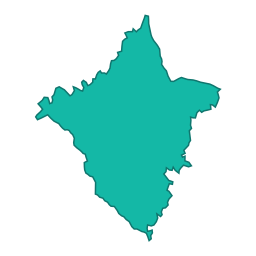 Imbaú, Paraná, Brazil (Equal Earth projection)
{"feature_id": "56859067B48998541842833", "entity_name": "Imbaú", "entity_type": "district", "adm_level": 2, "iso_a3": "BRA", "parent_name": "Brazil", "parent_adm1": "Paraná", "projection": "equal_earth", "projection_center": [-50.743, -24.439], "detail": "fine", "context": "isolated", "style": "filled", "palette": "teal", "viewbox_px": 256, "rotation_deg": 0, "n_neighbors": 0, "source": "geoboundaries", "source_scale": "gbopen_adm2", "svg_char_len": 2705}
<svg xmlns="http://www.w3.org/2000/svg" viewBox="0 0 256 256"><path d="M220.3,89.2L217.7,88.2L213.3,85.7L209.8,84.1L200.5,82.2L196.7,80.9L193.2,80.0L187.8,79.5L185.7,78.9L181.4,77.5L178.8,78.6L173.7,81.4L170.8,81.3L168.0,76.0L166.4,70.9L163.9,68.0L161.6,64.4L162.0,61.5L161.6,59.0L160.2,56.1L159.9,52.6L159.6,49.2L157.4,45.4L153.6,40.5L151.8,37.1L151.0,34.7L148.7,23.8L148.6,19.7L148.4,16.2L145.2,15.4L144.3,18.3L143.0,21.7L142.0,24.5L140.7,28.2L138.2,29.9L136.3,31.8L133.2,28.8L132.5,31.6L128.2,31.7L124.9,33.0L126.2,35.5L127.2,37.9L124.6,39.3L122.6,41.3L122.0,45.9L121.6,51.2L117.6,52.4L118.6,55.4L116.4,58.6L114.2,60.4L111.5,60.7L110.6,63.8L110.0,68.1L108.7,70.7L106.4,74.0L104.5,73.0L101.5,73.0L100.2,70.9L98.2,72.4L96.7,74.9L95.4,78.9L92.9,78.9L92.7,82.2L90.0,84.7L87.8,85.6L86.3,82.4L83.4,80.4L81.7,82.2L82.2,84.7L83.8,87.5L82.6,91.0L80.6,90.5L78.3,89.1L75.9,87.8L73.3,86.8L74.4,90.7L71.9,94.7L70.0,95.8L64.4,89.8L61.6,88.2L59.2,86.8L55.9,88.3L54.0,94.7L52.0,96.9L52.7,100.0L52.0,102.8L49.7,103.6L48.9,100.4L47.8,97.6L44.2,97.3L42.3,100.3L38.1,103.8L40.8,106.9L42.6,109.2L40.5,111.7L36.9,115.0L35.7,116.9L37.5,119.7L41.3,118.0L47.7,114.8L50.8,118.2L54.1,121.2L58.8,123.6L60.6,126.0L62.6,128.2L64.9,130.0L67.2,129.7L69.2,130.5L70.6,132.7L72.7,134.6L74.3,138.2L73.7,142.6L74.1,145.2L76.8,147.8L80.0,150.2L81.7,151.8L83.1,153.4L85.3,154.2L86.0,156.9L87.4,161.0L84.3,162.6L84.4,166.8L84.7,169.9L85.9,173.1L87.7,174.2L89.9,176.1L92.7,176.8L95.6,182.3L95.4,194.1L97.5,194.9L99.7,197.2L103.0,198.2L104.7,200.7L107.6,202.2L109.3,204.7L111.0,206.2L114.4,206.5L117.3,210.6L118.8,213.5L121.6,215.8L123.8,216.7L126.2,219.5L129.2,221.6L131.8,226.6L134.2,229.0L137.0,229.0L141.8,231.5L144.2,232.1L146.4,233.3L147.8,236.7L149.1,240.6L151.2,238.8L150.7,235.6L152.4,232.9L152.1,230.1L150.2,230.8L147.6,231.3L147.1,228.4L147.6,225.0L151.3,225.9L153.9,225.0L156.3,221.7L157.7,218.0L156.9,213.9L160.6,216.5L162.1,214.7L161.3,212.0L162.7,208.3L165.5,207.8L168.1,205.0L167.5,202.3L168.9,199.1L172.0,195.7L168.9,191.3L167.0,190.2L168.1,186.9L169.3,183.7L172.4,184.3L172.8,181.8L168.7,180.4L167.0,178.1L163.8,174.0L166.0,171.6L166.4,167.8L169.5,170.0L172.1,170.3L173.2,167.2L175.2,170.3L177.2,171.9L178.9,173.2L179.2,170.3L180.9,167.9L183.5,165.2L188.6,166.8L191.4,165.8L188.9,162.3L184.9,160.8L185.0,156.2L182.5,157.2L181.5,155.1L185.1,153.3L183.8,150.3L186.5,147.5L188.5,145.3L189.0,142.7L190.5,140.4L189.3,130.8L191.5,128.4L190.5,125.3L190.9,120.4L190.6,117.1L192.9,117.8L195.4,117.9L196.1,115.5L196.9,112.7L199.4,110.2L201.7,112.3L203.9,110.9L208.3,109.9L210.9,109.2L210.4,104.6L212.5,104.9L215.3,107.1L217.3,102.7L219.0,97.9L218.3,95.0L217.4,92.0L220.3,89.2Z" fill="#14b8a6" stroke="#0f766e" stroke-width="1.5"/></svg>